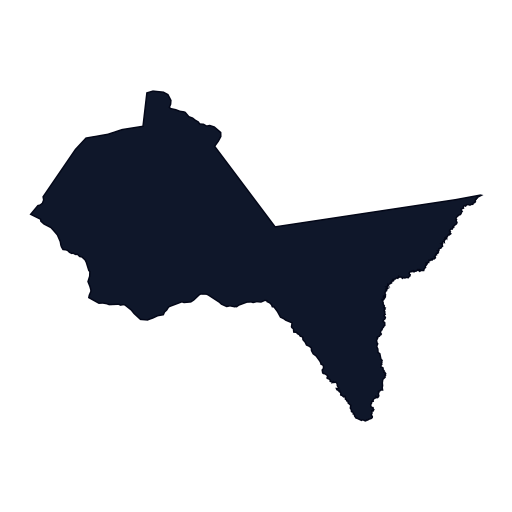 the district of Dormaa West, Brong Ahafo, Ghana
{"feature_id": "2480657B11503231198633", "entity_name": "Dormaa West", "entity_type": "district", "adm_level": 2, "iso_a3": "GHA", "parent_name": "Ghana", "parent_adm1": "Brong Ahafo", "projection": "albers", "projection_center": [-2.874, 6.975], "detail": "fine", "context": "isolated", "style": "filled", "palette": "ink", "viewbox_px": 512, "rotation_deg": 0, "n_neighbors": 0, "source": "geoboundaries", "source_scale": "gbopen_adm2", "svg_char_len": 6088}
<svg xmlns="http://www.w3.org/2000/svg" viewBox="0 0 512 512"><path d="M365.2,420.9L365.9,420.8L366.5,420.0L367.7,420.1L368.6,419.3L371.1,418.5L372.2,417.6L372.3,416.4L371.8,415.9L371.3,414.6L372.0,413.2L371.7,410.7L372.3,410.6L373.0,411.0L373.8,409.6L373.2,409.1L373.0,407.6L372.0,407.5L370.8,406.5L370.7,404.5L371.5,403.3L371.8,401.5L373.2,401.2L373.0,400.2L373.7,399.0L374.5,398.3L376.0,397.8L375.9,396.6L377.6,397.6L378.4,396.7L378.8,395.8L378.3,393.5L378.9,392.5L378.4,391.4L379.8,391.0L380.7,390.0L382.6,390.0L382.2,387.7L382.6,385.7L382.3,382.8L382.8,379.4L385.1,377.2L384.8,376.0L385.5,375.3L385.0,374.6L385.7,373.8L384.7,372.2L383.9,372.2L384.1,370.8L382.8,369.4L383.1,369.0L383.0,367.9L381.7,367.2L380.8,367.2L381.1,364.9L381.7,364.5L381.3,363.9L381.9,362.7L381.7,361.8L382.1,360.4L380.9,359.1L379.8,353.7L377.8,352.3L378.0,351.7L377.8,348.9L376.8,346.9L376.9,345.8L377.7,343.8L377.2,343.4L376.5,340.5L377.6,338.1L377.1,337.6L377.2,337.2L377.9,337.2L378.3,336.5L379.4,336.2L380.0,335.1L380.9,334.7L381.3,334.0L380.4,332.8L381.0,330.4L382.0,329.8L382.3,328.3L383.5,327.1L383.8,326.2L384.8,325.4L384.7,322.6L384.4,322.2L383.3,322.0L383.0,321.4L383.5,320.0L384.8,319.0L385.4,317.6L385.3,317.1L384.4,316.6L384.1,315.3L385.2,314.4L384.7,313.5L384.8,311.6L384.0,310.6L384.9,309.3L384.5,308.9L384.9,308.4L384.5,308.4L384.8,307.7L383.9,307.2L384.3,305.8L383.1,304.3L383.2,302.9L382.1,299.6L383.4,299.9L383.9,299.2L383.2,297.2L383.5,295.9L384.4,296.3L384.3,297.8L384.6,298.1L385.4,296.8L385.2,295.6L385.6,294.9L385.2,294.3L384.9,292.4L385.4,292.0L385.5,291.3L386.5,290.7L385.9,289.1L386.3,289.0L386.9,289.3L387.1,288.6L388.0,288.1L387.0,288.0L387.1,287.6L386.3,287.0L387.2,286.9L387.7,285.1L387.9,285.7L388.6,285.9L388.3,284.9L388.5,284.5L390.5,283.5L390.5,282.8L391.2,282.9L391.0,282.4L391.7,282.2L392.1,280.9L393.0,281.0L393.6,280.6L392.8,279.5L395.2,279.0L396.6,277.8L397.8,278.3L398.0,277.8L399.0,277.3L398.5,276.9L398.8,276.3L399.3,276.9L401.9,277.2L402.2,278.2L402.6,278.4L403.4,277.5L404.4,277.6L404.8,278.0L406.5,277.4L408.3,277.7L409.4,276.1L410.0,275.8L409.7,275.4L410.1,274.6L409.6,274.4L409.0,273.3L410.4,271.5L411.4,271.7L411.7,271.1L412.4,271.0L412.8,271.3L413.3,270.6L414.1,270.9L413.6,271.7L414.3,271.7L414.4,271.3L416.2,271.1L417.6,269.7L418.0,270.3L418.6,269.8L419.1,270.7L419.6,270.3L419.8,271.2L420.6,270.8L420.1,269.8L422.0,270.5L423.7,270.5L424.2,268.7L425.6,267.3L425.3,266.6L425.5,265.5L426.2,265.2L426.0,264.3L426.6,264.3L426.3,263.0L427.2,263.4L427.3,262.5L428.7,262.5L429.1,260.1L430.1,260.5L431.2,259.2L431.9,260.1L432.3,259.9L432.6,258.8L434.0,259.0L435.4,257.8L435.4,257.4L434.5,257.1L434.4,256.7L435.0,256.5L435.5,255.1L436.3,254.9L435.8,254.2L436.2,253.5L436.6,253.6L436.9,253.1L437.6,253.4L437.9,253.1L437.8,252.5L438.4,252.2L438.4,250.9L437.9,250.6L438.9,250.4L439.1,248.6L440.9,248.1L441.6,246.9L442.6,246.1L442.2,245.1L442.3,244.4L441.8,244.1L442.3,243.7L441.7,243.5L442.3,243.3L442.6,242.0L443.6,241.6L444.2,242.1L444.1,241.5L444.6,240.2L444.2,239.7L444.9,239.2L444.8,237.9L445.3,237.8L445.7,238.5L446.1,237.4L446.7,238.3L446.8,237.3L448.4,234.7L449.1,235.0L450.7,233.8L449.7,233.2L450.4,231.8L449.5,231.1L449.6,230.3L450.3,229.9L450.8,229.0L452.2,229.1L453.0,227.5L452.9,226.9L453.7,227.1L453.7,225.9L456.4,223.9L457.0,222.6L456.0,220.3L456.5,219.5L455.9,219.1L455.8,218.6L456.9,216.7L458.1,215.8L458.2,215.2L460.1,214.7L461.1,213.6L461.2,212.7L462.2,211.3L461.2,210.5L461.2,209.1L463.5,208.1L463.2,207.3L463.6,206.0L464.6,205.7L465.6,206.1L466.6,204.7L468.3,204.6L470.0,205.1L471.1,204.4L472.8,204.3L473.3,203.0L474.6,202.6L475.4,201.7L475.1,201.2L475.6,199.6L476.2,199.3L476.2,198.4L477.0,198.3L478.0,197.0L481.3,195.3L480.4,195.1L455.6,199.7L275.1,226.9L214.6,146.3L218.4,141.0L220.8,136.5L220.7,132.5L214.3,127.0L209.7,125.5L206.6,126.1L203.5,124.3L199.7,124.0L198.2,121.9L195.2,120.2L192.6,118.1L188.8,116.7L185.2,112.4L183.9,111.9L179.9,111.3L175.7,109.7L170.6,108.6L169.3,107.3L170.6,104.2L170.9,100.4L167.9,94.6L163.4,92.2L153.0,91.1L146.9,92.9L143.0,126.3L122.1,129.6L107.9,134.3L86.0,138.1L75.5,149.4L43.1,196.8L43.7,200.0L42.4,203.3L40.1,205.1L37.9,205.6L30.7,214.3L40.6,219.2L40.9,221.2L44.0,224.0L51.0,227.6L53.1,229.9L57.4,234.9L60.3,241.6L60.9,245.1L61.5,246.9L63.0,249.5L65.9,249.8L67.6,250.4L69.5,252.3L71.7,253.4L73.6,253.1L74.2,253.8L75.9,254.5L77.4,254.2L79.7,256.5L81.9,256.9L85.1,259.9L86.3,262.3L88.8,270.4L89.9,271.7L89.7,276.2L88.0,281.6L89.9,286.3L90.9,289.9L90.9,291.5L89.3,295.2L88.8,297.6L98.9,303.2L102.8,303.0L106.8,303.7L109.2,304.6L118.6,304.2L120.5,305.1L123.2,304.6L124.9,304.9L131.3,310.0L134.1,313.5L140.5,319.4L148.2,320.0L147.7,319.8L152.8,318.0L157.7,315.7L163.3,314.7L164.5,312.0L166.6,310.1L168.5,307.1L169.7,306.4L181.9,301.8L184.0,302.5L190.8,301.9L193.7,300.0L199.2,294.8L200.6,294.0L206.4,294.1L208.2,294.9L219.4,302.2L221.4,304.1L226.7,306.5L230.0,305.8L235.0,306.8L235.9,306.2L236.6,306.7L238.8,305.1L246.9,302.1L251.2,301.9L253.1,302.5L256.7,301.6L261.0,302.0L264.9,300.3L267.1,300.7L267.1,301.6L269.7,302.8L271.6,304.7L272.3,306.7L274.0,306.9L277.5,311.6L280.5,317.1L283.8,318.7L285.8,320.2L292.1,322.8L291.5,326.8L291.9,327.6L293.4,328.7L293.8,332.1L296.5,332.3L297.4,333.6L299.4,334.7L300.2,336.1L302.7,337.0L303.0,339.7L305.2,342.2L306.5,345.0L309.2,346.2L311.3,347.8L311.5,350.6L313.2,353.8L316.1,355.9L319.9,361.1L320.7,362.7L321.1,364.3L322.2,364.6L323.4,365.6L323.5,368.4L322.2,370.0L322.7,372.9L323.4,373.5L325.2,373.9L327.5,375.6L327.9,376.6L327.1,377.2L327.2,378.3L329.5,379.2L330.3,380.4L330.2,381.3L332.2,382.0L332.2,382.6L333.5,381.7L333.8,382.5L335.7,382.1L337.1,383.5L337.3,385.7L338.8,388.1L337.5,388.6L336.4,388.5L336.9,389.7L337.8,390.0L338.6,390.9L339.5,390.7L339.5,391.8L340.4,392.2L341.0,394.0L340.7,394.8L340.9,395.1L342.0,395.4L343.7,396.9L344.4,396.8L344.9,396.3L345.4,397.3L345.4,399.1L346.3,399.6L346.9,401.0L348.2,401.3L348.1,402.9L350.8,405.3L350.3,408.1L351.4,409.8L351.4,411.3L351.8,411.8L352.4,411.7L353.5,413.1L353.2,413.9L354.4,414.3L354.6,416.0L356.1,418.1L356.9,418.2L361.5,420.4L362.8,419.7L365.2,420.9Z" fill="#0f172a" stroke="#020617" stroke-width="1.5"/></svg>